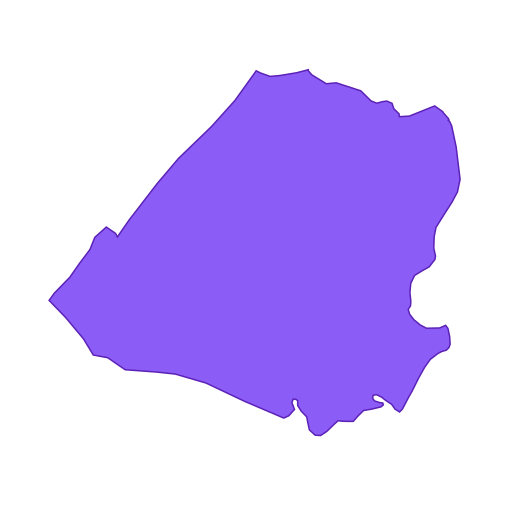 outline of B'hai, Grand Gedeh, Liberia, rotated 85°
{"feature_id": "62588387B62156042060365", "entity_name": "B'hai", "entity_type": "district", "adm_level": 2, "iso_a3": "LBR", "parent_name": "Liberia", "parent_adm1": "Grand Gedeh", "projection": "albers", "projection_center": [-8.508, 6.351], "detail": "fine", "context": "isolated", "style": "filled", "palette": "violet", "viewbox_px": 512, "rotation_deg": 85, "n_neighbors": 0, "source": "geoboundaries", "source_scale": "gbopen_adm2", "svg_char_len": 1880}
<svg xmlns="http://www.w3.org/2000/svg" viewBox="0 0 512 512"><g transform="rotate(85 256 256)"><path d="M137.3,51.9L135.8,52.4L129.8,56.8L128.5,57.4L122.1,64.9L123.8,70.6L130.0,91.1L129.9,94.2L129.7,101.0L127.3,101.1L126.8,101.1L122.2,105.1L121.4,105.8L115.7,107.2L113.1,112.1L113.1,113.4L113.3,116.8L114.3,122.3L112.2,126.6L111.3,128.1L100.6,137.2L90.5,160.9L90.5,166.9L90.5,171.0L80.4,184.6L77.1,187.0L75.9,187.9L75.0,187.7L77.0,199.6L78.3,216.7L78.3,226.3L74.0,235.7L71.5,239.7L73.0,240.9L99.3,263.5L123.1,289.0L146.2,317.5L152.0,324.7L158.8,331.5L172.8,345.7L175.1,348.0L203.7,374.3L208.3,378.6L224.9,392.4L221.3,393.9L214.1,402.6L223.4,415.0L235.0,420.8L248.0,432.5L261.0,443.4L275.4,460.1L282.2,466.0L299.7,451.8L300.7,451.0L323.5,435.1L340.5,426.7L344.4,412.6L346.2,410.4L350.8,404.9L357.9,396.2L363.0,364.9L366.6,346.7L378.2,316.9L399.9,279.8L419.8,242.6L419.7,241.9L418.0,237.2L412.2,231.0L405.3,233.0L401.7,231.4L402.3,228.8L403.7,227.1L408.6,227.5L414.5,224.5L420.8,219.4L424.2,219.2L433.8,218.0L439.6,212.8L440.5,207.3L436.8,200.6L431.1,193.6L427.3,188.7L428.1,184.4L428.8,178.8L429.2,173.5L424.0,168.0L419.3,162.3L418.6,153.8L417.2,144.6L415.4,142.1L413.5,142.5L412.7,145.8L410.7,150.5L408.2,152.1L406.2,151.8L405.0,151.5L404.6,148.3L405.8,146.0L407.8,142.9L410.7,139.9L415.6,133.8L420.6,130.9L423.9,126.6L421.3,123.5L409.9,116.2L404.0,112.1L391.7,104.6L381.6,97.7L374.1,91.3L369.0,83.3L367.4,79.5L366.4,74.6L364.2,71.9L360.9,70.3L353.0,70.1L344.9,71.1L341.6,73.1L343.7,79.4L342.8,92.5L339.0,98.4L333.3,104.2L327.4,108.0L322.5,109.0L319.1,106.4L314.7,105.7L308.2,105.8L306.2,105.9L296.7,104.2L289.2,99.7L285.3,92.0L281.9,84.4L275.0,78.0L271.7,77.2L263.6,78.2L252.2,76.8L243.2,74.2L229.2,63.6L219.1,55.8L216.1,53.9L209.7,49.7L197.4,46.0L164.8,47.1L143.5,49.7L142.1,50.2L139.2,51.2L137.6,52.6L137.3,51.9Z" fill="#8b5cf6" stroke="#5b21b6" stroke-width="1.5"/></g></svg>